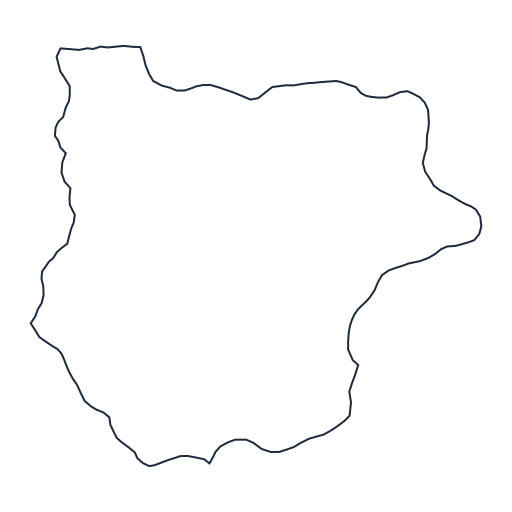 the district of Romaria, Minas Gerais, Brazil
{"feature_id": "56859067B48307844674994", "entity_name": "Romaria", "entity_type": "district", "adm_level": 2, "iso_a3": "BRA", "parent_name": "Brazil", "parent_adm1": "Minas Gerais", "projection": "orthographic", "projection_center": [-47.56, -18.907], "detail": "fine", "context": "isolated", "style": "outline", "palette": "slate", "viewbox_px": 512, "rotation_deg": 0, "n_neighbors": 0, "source": "geoboundaries", "source_scale": "gbopen_adm2", "svg_char_len": 2479}
<svg xmlns="http://www.w3.org/2000/svg" viewBox="0 0 512 512"><path d="M30.7,323.4L35.5,330.7L39.3,337.0L45.3,341.3L52.4,346.1L57.5,349.1L61.6,353.8L64.1,359.6L66.3,365.4L69.0,371.7L72.9,378.9L76.9,384.6L81.0,393.5L84.7,401.0L91.3,406.6L96.6,409.7L103.3,412.4L109.3,417.3L110.4,424.9L113.5,431.4L116.7,437.8L121.0,441.7L128.7,447.4L135.0,452.6L137.2,458.0L142.9,463.1L149.2,466.1L154.6,465.2L159.8,463.2L166.9,460.5L174.6,458.0L180.3,456.1L187.5,455.9L196.8,457.7L204.1,459.2L209.5,463.4L213.2,456.8L215.5,451.9L220.3,446.5L227.8,442.4L235.1,439.7L246.3,439.7L253.3,442.8L261.7,449.0L270.8,452.0L279.4,451.9L286.8,449.5L293.7,447.1L300.5,443.0L309.1,438.7L316.7,436.5L323.4,434.7L329.4,431.4L335.1,427.8L339.7,424.5L344.5,420.9L349.6,415.7L351.0,402.5L349.3,391.6L352.2,382.5L355.0,375.2L358.2,365.0L352.8,360.2L350.5,355.0L348.1,349.6L348.1,341.2L348.8,332.4L349.9,326.2L351.7,320.4L354.3,314.6L357.6,309.8L361.7,305.6L366.0,301.7L370.0,297.1L374.5,290.4L377.9,282.3L382.0,275.1L389.0,270.3L396.6,267.6L401.9,266.0L408.8,263.4L419.7,261.2L428.2,258.0L435.1,254.0L441.1,249.2L447.1,246.5L455.9,245.8L462.5,244.0L468.8,242.2L474.3,240.1L479.3,234.0L481.3,226.3L480.2,216.6L476.0,209.7L471.1,206.4L466.2,204.5L458.3,200.2L451.7,196.0L446.0,193.3L440.2,190.4L433.9,185.8L430.6,180.0L425.1,171.5L422.8,162.8L424.6,154.9L426.6,148.0L426.8,141.6L427.1,135.3L428.3,129.1L428.9,123.2L428.6,117.5L428.0,109.7L424.8,102.7L419.8,97.3L412.8,93.6L407.5,91.2L399.8,92.2L392.3,95.5L386.5,97.5L378.3,97.6L371.2,96.9L365.7,95.7L360.9,93.0L355.8,87.0L347.4,84.3L341.4,82.1L336.1,81.0L329.2,81.5L320.6,82.1L314.0,82.8L308.6,83.1L301.8,84.0L294.3,85.3L285.7,85.3L279.8,86.1L272.3,87.0L264.9,92.8L258.3,98.1L250.6,99.6L242.8,96.3L234.3,92.8L227.2,90.3L219.4,87.6L210.1,84.9L202.6,85.1L196.0,86.4L190.9,88.5L184.6,90.5L176.5,90.5L169.6,87.6L162.0,85.7L153.2,81.0L149.1,74.1L145.4,64.7L143.3,55.9L140.3,47.1L132.5,46.8L123.7,45.9L116.5,46.6L108.0,47.5L100.5,46.6L93.1,49.0L87.4,48.3L78.9,49.9L69.6,49.1L60.6,48.4L56.6,56.6L58.6,64.7L60.3,71.3L64.2,77.3L69.7,86.1L69.8,94.6L68.9,101.2L65.8,107.3L63.2,116.9L58.3,121.8L55.6,127.5L54.9,135.9L58.3,140.7L60.3,147.4L65.8,153.2L62.3,162.5L61.5,172.7L64.6,181.7L70.4,188.1L69.5,197.3L69.8,204.7L72.3,209.9L74.8,214.8L73.8,222.2L71.2,228.7L68.9,237.0L67.3,243.7L61.7,247.9L56.7,252.4L53.3,258.0L48.9,261.7L45.8,266.3L42.1,271.5L41.5,278.8L43.3,286.6L43.6,295.3L41.6,303.2L37.8,309.3L35.3,316.4L30.7,323.4Z" fill="none" stroke="#1e293b" stroke-width="2"/></svg>